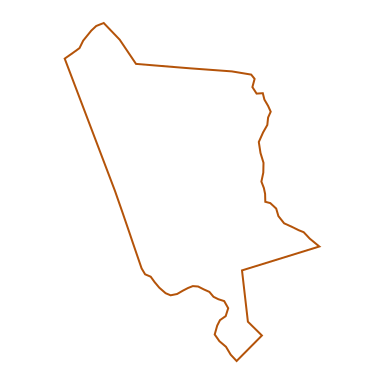 outline of Tanque d'Arca, Alagoas, Brazil
{"feature_id": "56859067B91269907652383", "entity_name": "Tanque d'Arca", "entity_type": "district", "adm_level": 2, "iso_a3": "BRA", "parent_name": "Brazil", "parent_adm1": "Alagoas", "projection": "natural_earth1", "projection_center": [-36.408, -9.567], "detail": "fine", "context": "isolated", "style": "outline", "palette": "amber", "viewbox_px": 384, "rotation_deg": 0, "n_neighbors": 0, "source": "geoboundaries", "source_scale": "gbopen_adm2", "svg_char_len": 991}
<svg xmlns="http://www.w3.org/2000/svg" viewBox="0 0 384 384"><path d="M319.3,246.5L309.7,238.6L303.7,232.2L298.7,230.2L292.0,226.9L284.1,223.3L278.4,216.1L276.2,208.6L270.3,203.1L265.3,201.8L265.1,193.9L263.9,188.1L261.4,181.6L263.3,172.6L263.5,162.8L260.5,153.0L258.8,142.0L263.1,132.4L267.3,125.0L268.1,117.5L270.7,111.7L268.1,105.9L264.4,99.6L262.8,93.2L256.6,93.6L252.4,87.1L254.6,78.9L251.2,74.6L231.9,71.4L191.1,68.4L179.9,67.5L136.0,63.9L119.7,39.7L103.7,23.0L96.2,26.0L91.3,30.6L83.2,40.6L79.5,48.1L72.6,53.1L64.7,58.6L115.0,191.0L122.3,211.9L129.7,233.5L133.0,243.3L141.6,268.4L145.1,274.3L150.7,276.7L154.6,282.1L159.3,287.7L165.6,293.2L170.6,295.3L177.1,294.0L182.8,290.7L188.0,288.0L192.8,286.1L198.1,286.5L203.8,289.4L209.4,291.9L213.5,296.8L218.3,299.2L224.2,301.1L228.2,308.2L225.7,316.1L220.0,320.1L217.2,325.6L214.7,334.5L219.4,341.2L226.0,346.8L230.7,354.7L236.6,361.0L261.9,335.5L247.9,321.7L242.0,270.4L319.3,246.5Z" fill="none" stroke="#b45309" stroke-width="2"/></svg>